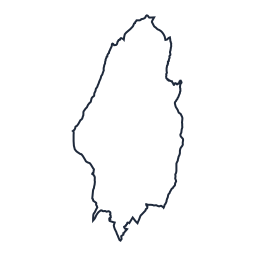 Caldas, Boyacá, Colombia
{"feature_id": "7082276B54431316283540", "entity_name": "Caldas", "entity_type": "district", "adm_level": 2, "iso_a3": "COL", "parent_name": "Colombia", "parent_adm1": "Boyacá", "projection": "equal_earth", "projection_center": [-73.872, 5.576], "detail": "fine", "context": "isolated", "style": "outline", "palette": "slate", "viewbox_px": 256, "rotation_deg": 0, "n_neighbors": 0, "source": "geoboundaries", "source_scale": "gbopen_adm2", "svg_char_len": 5741}
<svg xmlns="http://www.w3.org/2000/svg" viewBox="0 0 256 256"><path d="M92.2,173.9L92.2,174.0L93.1,174.5L93.6,174.9L93.9,175.6L94.5,176.3L94.8,177.4L94.7,180.5L94.9,181.8L94.6,184.6L94.1,186.7L93.9,188.2L93.3,189.4L93.0,190.8L92.3,198.1L92.3,198.6L93.0,199.2L93.2,200.7L96.0,202.7L96.3,203.2L96.1,203.9L96.1,204.6L96.3,205.2L96.8,205.9L97.3,207.4L96.3,209.1L94.6,212.6L94.0,213.2L93.6,213.9L93.3,215.0L93.1,218.4L93.1,220.5L94.4,219.0L95.2,217.7L96.2,215.4L96.8,214.4L98.1,212.6L98.7,212.0L100.6,210.5L101.1,210.4L101.8,210.4L102.4,211.0L103.2,211.2L105.1,211.0L106.6,211.7L108.5,211.2L108.9,211.3L110.2,212.2L110.4,213.1L110.4,213.5L110.0,214.7L110.6,215.3L110.6,215.9L110.7,216.6L110.8,217.3L110.6,217.5L109.5,218.2L109.3,218.5L109.3,218.8L110.2,218.9L110.3,219.1L109.4,220.0L109.4,220.3L109.5,220.7L109.8,221.0L113.1,222.1L114.7,222.5L113.8,225.3L113.8,225.6L114.1,227.0L114.8,229.1L116.3,232.0L116.9,233.9L117.9,235.9L118.1,236.7L118.3,237.0L118.7,238.1L119.6,240.1L120.5,240.6L121.2,239.5L121.6,239.0L121.2,236.2L123.4,234.6L123.3,233.2L123.6,233.1L124.0,232.9L125.1,231.3L126.0,230.5L127.1,229.1L126.5,228.9L126.2,229.1L125.5,229.0L124.8,228.2L124.2,227.4L124.1,226.8L126.0,225.6L126.1,224.9L127.0,224.1L127.2,223.1L127.4,222.7L127.6,222.6L128.7,222.7L129.3,223.1L132.7,217.5L135.6,221.3L137.5,223.2L138.2,221.4L138.9,220.0L140.3,216.2L140.8,215.3L141.4,214.8L145.4,210.6L145.6,210.2L145.7,209.4L145.9,209.1L147.1,208.3L147.3,207.6L147.4,206.5L147.2,206.2L146.8,205.9L146.6,205.6L146.2,204.8L146.2,204.2L146.4,204.2L147.7,204.7L148.4,204.8L150.9,204.8L152.7,205.0L153.6,205.4L154.7,205.4L156.1,205.2L158.4,206.2L159.3,206.3L159.6,206.3L160.4,205.9L161.3,205.9L163.3,207.3L163.6,207.7L164.1,206.7L164.6,204.9L164.9,204.4L165.4,203.9L165.7,203.3L166.5,201.5L166.6,200.4L167.2,198.4L167.6,197.8L167.8,197.1L168.1,195.4L168.4,194.4L169.6,193.0L169.9,192.0L171.7,188.8L172.2,188.4L172.6,188.2L173.2,187.5L173.5,186.8L174.8,185.5L175.0,184.9L175.1,183.6L175.4,182.7L176.1,181.4L176.0,180.6L175.5,179.3L175.2,178.4L175.5,176.5L175.3,174.4L175.6,173.8L176.0,173.0L176.2,172.2L176.4,170.9L176.4,163.6L176.9,162.3L177.6,161.0L177.8,160.5L177.9,159.4L178.3,158.1L178.5,156.9L179.5,154.8L179.9,153.2L179.9,150.8L180.3,148.8L180.9,147.6L182.4,145.6L182.8,144.6L182.8,144.2L182.7,142.7L183.1,140.1L183.0,139.2L182.8,138.7L181.0,136.7L180.5,135.8L180.4,134.9L180.4,134.5L181.3,132.6L181.7,129.4L182.3,127.5L182.3,126.7L182.2,126.1L182.2,123.6L182.0,122.8L182.4,118.6L182.3,117.6L182.0,116.7L180.8,114.2L180.6,113.9L178.7,112.6L177.6,109.8L175.9,107.1L175.6,106.4L174.9,103.5L174.9,102.6L175.2,101.9L176.0,101.0L176.4,100.1L177.3,99.1L177.5,98.3L178.3,97.1L179.2,94.6L179.8,93.4L180.1,91.5L180.4,91.1L180.4,90.5L180.3,89.9L180.4,88.8L180.1,87.9L180.0,87.0L180.2,85.0L180.5,83.9L181.5,82.7L181.5,82.2L181.2,81.7L181.1,81.3L180.7,81.2L180.6,80.7L180.2,80.7L179.9,81.1L179.5,81.4L179.2,82.6L178.4,83.7L178.0,83.6L177.6,83.8L177.2,83.9L177.1,84.3L176.9,84.3L176.0,83.4L175.5,83.2L175.1,83.2L174.8,83.5L174.2,84.7L174.0,84.9L173.8,84.9L173.3,84.0L173.2,83.7L173.0,83.1L172.3,82.4L172.0,81.3L170.8,81.1L170.5,80.9L170.0,80.9L169.7,80.7L169.5,80.4L169.4,80.4L169.3,80.5L169.0,80.6L168.7,80.3L168.6,80.1L168.3,80.3L168.1,80.1L168.0,79.5L167.8,79.5L167.6,79.7L167.4,79.6L167.1,78.8L166.4,78.3L166.1,76.6L166.4,75.2L166.2,74.2L166.3,73.9L166.8,73.0L166.9,72.7L166.6,71.0L166.6,68.0L166.8,67.5L166.9,66.6L167.0,65.8L167.7,64.8L167.6,64.1L168.0,63.7L168.1,63.2L167.9,62.4L167.9,61.7L168.1,61.4L168.5,61.4L168.7,61.2L168.8,61.0L168.9,59.6L169.0,59.1L169.3,58.5L169.6,57.6L169.5,57.1L169.4,56.8L169.4,56.2L169.6,55.8L170.2,55.2L170.3,55.0L170.4,54.3L170.2,53.2L170.0,52.6L170.0,52.0L170.2,51.1L170.5,50.4L170.5,49.9L170.8,48.5L170.8,47.8L171.1,46.8L171.2,46.3L171.1,44.6L171.2,43.3L170.8,42.7L170.7,41.7L170.4,41.3L170.1,38.5L169.9,37.4L168.6,38.0L167.4,39.2L166.9,39.6L165.4,39.9L165.2,38.9L164.7,36.6L163.7,34.5L162.4,32.6L161.2,31.3L159.3,30.0L158.2,29.6L157.2,29.0L155.8,27.6L154.5,26.7L154.0,26.1L151.9,22.0L151.9,21.7L152.3,20.6L154.1,17.4L149.4,17.6L149.1,17.5L147.7,15.7L147.3,15.5L146.7,15.4L146.0,16.0L145.6,16.6L145.4,17.3L144.9,17.9L144.5,18.2L142.9,18.9L141.8,19.0L141.1,19.3L140.8,19.8L139.8,20.3L136.6,20.3L136.4,20.8L135.3,22.0L135.0,23.1L134.1,23.5L133.1,26.0L132.6,26.7L130.2,29.2L126.2,32.6L125.1,33.9L124.8,34.3L124.5,35.5L124.1,37.2L123.8,39.5L123.5,39.1L123.1,38.8L122.5,38.8L121.5,38.2L120.8,38.2L120.2,38.9L120.0,39.1L120.0,39.5L119.9,39.6L119.7,39.9L119.2,39.8L118.7,40.0L118.2,40.7L118.1,41.3L117.8,41.5L117.5,41.9L117.3,42.9L117.0,43.9L116.5,44.6L115.9,45.0L114.1,45.2L113.2,43.9L112.5,43.6L112.2,43.8L111.9,44.4L111.8,45.9L111.2,47.3L110.5,48.7L109.8,50.4L109.5,50.9L109.1,51.8L109.0,52.7L108.9,53.1L108.2,53.6L107.4,55.1L107.3,55.5L107.3,56.5L106.8,56.7L106.6,56.8L106.4,57.7L105.6,59.5L105.6,60.5L105.4,60.9L105.1,62.0L105.1,62.6L105.1,63.2L104.9,63.8L104.6,64.4L104.2,65.4L104.1,66.5L103.8,67.4L103.6,69.1L103.8,70.2L102.7,73.2L102.4,74.3L102.1,74.9L101.5,75.6L101.2,76.2L100.6,78.5L99.2,81.6L99.0,82.4L98.4,84.0L97.8,85.2L97.6,85.9L97.3,86.8L96.7,87.7L96.0,88.6L95.8,89.1L95.6,90.4L95.4,91.1L94.4,93.1L94.2,94.3L94.2,95.2L94.1,95.8L93.5,96.4L92.8,96.8L91.9,97.8L91.5,98.6L90.8,101.7L90.3,102.4L89.5,103.0L88.0,104.9L86.9,107.3L85.5,108.7L83.6,111.4L83.4,112.2L83.4,113.8L83.3,115.4L83.0,116.0L82.2,118.6L81.3,119.6L80.4,120.2L78.5,123.7L77.0,125.8L76.2,126.2L75.5,126.7L75.1,128.5L74.4,129.8L72.9,131.0L73.4,131.4L73.6,131.7L73.7,133.2L73.6,134.6L73.6,141.1L73.9,145.7L74.8,149.3L76.3,151.2L77.3,152.0L79.7,153.6L80.5,154.1L81.4,154.2L82.9,156.1L85.0,159.6L85.9,161.3L87.4,162.3L89.8,163.2L90.9,164.6L93.2,168.4L93.8,169.1L93.9,169.3L93.4,172.9L92.7,173.0L92.5,173.3L92.2,173.9Z" fill="none" stroke="#1e293b" stroke-width="2"/></svg>